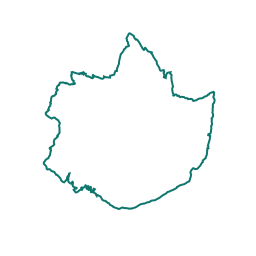 the district of Pacureti, Prahova, Romania, rotated 121°
{"feature_id": "2599482B22577763197950", "entity_name": "Pacureti", "entity_type": "district", "adm_level": 2, "iso_a3": "ROU", "parent_name": "Romania", "parent_adm1": "Prahova", "projection": "albers", "projection_center": [26.139, 45.145], "detail": "fine", "context": "isolated", "style": "outline", "palette": "teal", "viewbox_px": 256, "rotation_deg": 121, "n_neighbors": 0, "source": "geoboundaries", "source_scale": "gbopen_adm2", "svg_char_len": 5816}
<svg xmlns="http://www.w3.org/2000/svg" viewBox="0 0 256 256"><g transform="rotate(121 128 128)"><path d="M159.3,198.4L157.6,197.3L156.8,196.1L157.1,195.5L157.4,191.6L158.3,190.3L158.6,189.2L159.0,188.9L161.8,188.2L162.6,187.2L167.2,184.3L168.0,184.2L171.2,184.6L171.2,183.9L171.7,183.8L174.5,184.6L175.1,185.0L176.2,185.1L178.2,184.4L179.2,183.6L179.7,182.9L180.3,182.7L181.7,183.1L185.4,184.8L185.5,184.8L185.5,183.7L186.3,183.7L186.4,182.9L186.8,182.4L188.1,182.2L191.4,180.9L192.2,181.0L195.1,180.8L195.8,181.4L197.9,182.2L200.0,182.2L200.7,182.4L201.6,182.0L202.1,181.5L202.7,179.2L203.1,178.4L203.8,177.4L204.5,177.0L204.9,176.7L205.0,175.5L203.9,174.5L203.7,173.9L203.8,173.0L204.2,172.1L204.1,169.9L203.7,169.4L203.7,168.4L204.6,166.5L204.7,166.1L205.1,165.6L204.7,164.5L205.9,160.0L206.9,158.9L207.6,157.4L207.7,156.0L207.5,154.8L204.3,154.0L203.4,154.1L201.4,154.8L198.9,154.6L197.3,155.0L197.0,154.7L201.9,153.3L202.8,152.6L203.7,152.3L204.3,151.7L204.9,151.0L205.0,150.4L205.1,148.3L205.0,147.9L204.5,147.5L203.2,148.1L202.7,147.9L202.8,147.4L203.0,147.1L205.8,145.8L206.4,145.0L206.4,143.6L206.2,142.4L205.8,141.7L205.9,141.1L206.2,141.0L206.6,141.1L207.5,142.2L208.9,142.8L209.3,142.4L209.3,141.5L209.9,140.6L210.1,139.5L209.0,138.4L206.4,137.5L205.0,136.6L204.6,136.6L203.4,137.3L202.8,137.0L203.0,136.7L204.7,136.1L204.8,135.8L204.6,135.5L202.5,135.9L201.8,135.2L200.8,134.9L199.0,134.9L198.9,134.7L199.1,134.3L199.9,134.0L200.3,132.9L201.3,132.3L201.4,131.9L201.0,131.6L199.1,132.4L198.4,132.3L198.3,131.9L200.6,130.5L201.1,130.3L201.4,129.9L201.2,129.5L200.8,129.5L198.6,130.0L197.9,129.8L197.8,129.4L198.4,128.9L202.0,126.8L202.0,126.4L201.7,126.0L201.2,125.9L197.7,126.1L197.5,124.9L201.0,124.9L200.9,121.9L201.6,121.2L202.3,119.8L201.2,120.0L200.9,116.2L202.8,113.0L202.7,111.2L202.0,109.6L202.4,108.8L202.4,107.5L202.6,106.9L202.3,105.2L202.8,104.7L203.1,103.9L202.9,100.5L203.3,99.9L202.3,95.1L202.3,94.3L201.3,93.4L199.5,92.3L198.7,91.2L198.7,90.3L197.8,88.6L196.8,86.4L196.6,85.4L195.3,83.9L195.3,83.4L191.9,80.5L187.1,78.1L184.9,75.9L184.1,74.8L181.7,73.1L180.6,71.6L179.1,71.0L177.9,70.2L176.6,68.4L176.0,67.7L171.3,64.9L168.0,63.7L164.6,61.7L162.4,61.1L161.3,59.9L159.9,59.1L157.6,57.3L154.5,55.5L153.3,55.6L151.6,54.5L150.3,53.9L150.0,53.4L149.2,52.9L147.2,50.9L145.3,49.8L143.9,49.3L142.1,48.0L137.3,49.2L135.2,50.1L134.3,51.3L133.8,51.7L131.6,52.0L128.9,51.4L128.7,50.8L128.6,49.3L128.5,49.0L127.4,47.7L126.6,47.4L123.1,46.7L119.6,46.7L118.6,46.3L117.5,47.1L117.0,47.1L113.8,45.9L113.4,46.0L113.2,46.3L110.6,46.6L106.8,48.3L106.5,48.7L105.1,49.1L104.9,49.0L104.6,49.4L104.4,49.2L104.2,49.4L103.8,49.4L104.2,49.2L103.9,48.8L103.6,49.2L103.3,49.2L102.5,49.6L102.1,50.1L102.1,50.4L95.6,52.1L92.7,53.3L92.4,53.5L92.9,55.5L91.8,55.9L90.3,54.5L89.2,54.7L85.0,56.6L83.4,57.8L82.2,57.7L81.1,58.1L79.2,59.7L77.3,60.6L77.0,61.2L76.1,61.3L75.0,61.0L73.5,61.4L72.1,62.5L71.2,63.7L69.7,64.2L67.2,65.8L65.9,66.1L65.1,66.9L64.2,67.3L63.6,67.5L62.0,67.2L59.6,68.0L58.5,69.1L58.0,70.3L57.5,70.8L55.4,71.3L54.2,72.2L53.5,72.2L53.3,72.5L53.0,73.4L54.6,74.7L56.5,76.0L57.8,76.0L58.4,76.7L59.7,76.9L60.9,77.7L61.8,78.7L63.0,78.9L63.9,79.7L64.6,80.1L65.7,81.7L67.3,83.0L69.0,83.7L71.1,85.9L71.1,86.4L70.5,87.0L70.3,88.4L70.5,89.0L71.1,89.4L71.9,91.0L72.3,91.4L71.9,92.2L72.8,94.1L72.7,96.2L74.0,98.6L74.6,99.1L74.8,99.7L74.8,99.9L74.2,100.8L74.4,101.6L75.1,102.2L74.6,103.2L74.5,104.0L75.1,104.9L76.5,105.2L76.7,105.9L75.8,106.0L75.4,107.0L74.7,107.9L71.7,110.3L70.9,110.6L69.4,110.7L64.8,115.1L62.2,117.0L60.1,118.0L59.8,118.3L59.8,119.6L59.3,120.1L58.3,120.3L59.8,122.1L60.9,122.8L63.4,122.5L65.7,121.4L66.0,123.4L65.2,123.7L64.1,123.8L62.7,125.6L62.3,125.6L61.9,126.0L61.0,126.0L60.1,127.2L60.0,127.3L61.7,128.9L62.1,129.6L62.0,130.2L61.5,131.0L60.5,131.9L59.4,133.7L58.4,135.9L55.9,138.1L55.5,139.6L53.8,143.1L52.8,144.3L52.0,146.4L50.9,146.4L50.9,146.7L51.4,147.2L51.2,147.5L51.9,149.8L52.0,150.5L50.4,154.3L50.4,154.5L50.8,154.8L52.6,154.4L52.9,154.6L52.9,154.9L52.1,156.9L48.6,162.9L48.2,164.3L47.7,165.2L47.6,166.4L48.2,166.7L48.1,167.4L47.7,168.1L47.1,169.6L46.1,170.4L45.9,174.9L46.0,175.3L46.6,175.8L52.0,175.5L52.8,174.4L54.0,173.5L54.8,171.8L55.9,171.3L56.7,169.8L57.1,169.5L57.6,169.7L59.5,171.4L61.1,171.2L62.5,171.9L63.9,171.6L66.0,171.7L68.4,172.2L75.4,170.0L77.4,168.9L82.8,168.0L84.9,166.9L85.5,168.1L87.8,167.8L89.4,167.3L92.3,170.2L92.7,170.1L94.0,169.3L96.1,173.6L96.2,175.1L97.2,174.6L98.0,174.6L99.1,175.4L99.7,177.6L99.8,179.7L100.7,182.6L100.8,183.4L100.6,185.3L100.9,185.4L101.8,184.6L102.5,184.5L102.7,183.8L103.5,184.0L103.8,184.3L104.0,186.0L103.8,186.6L104.1,187.3L104.1,188.7L104.7,189.4L104.9,190.3L104.6,191.2L104.0,191.9L103.3,192.1L103.8,193.1L103.4,193.7L103.4,194.3L103.1,194.9L103.4,195.2L103.7,195.3L105.1,194.2L105.1,195.2L104.7,196.3L105.5,197.0L106.0,196.7L106.3,197.2L106.9,197.5L106.8,197.8L106.4,197.6L106.4,197.9L106.9,198.1L107.3,199.2L107.9,201.3L108.6,204.5L109.2,205.0L111.2,203.7L111.8,203.6L112.2,203.9L112.6,203.3L113.4,202.7L115.3,200.8L115.6,198.7L116.3,198.7L117.2,198.1L117.2,196.8L117.1,196.6L117.5,196.4L117.9,196.6L118.3,197.3L118.9,197.8L119.5,198.6L119.6,199.2L120.8,200.1L121.1,201.3L120.9,202.2L121.0,203.1L121.3,203.4L121.2,204.3L121.3,204.5L121.7,204.4L121.9,204.5L122.4,207.2L123.5,208.5L123.8,209.3L124.3,209.7L126.5,209.2L126.6,209.6L127.9,209.8L128.6,210.1L129.9,209.9L130.4,209.6L131.3,209.6L131.2,208.6L131.5,207.9L133.8,208.3L135.3,207.8L135.3,207.4L136.0,207.1L137.8,207.8L138.2,207.7L139.5,209.0L140.3,209.4L141.7,209.3L145.2,207.7L146.4,207.8L146.6,207.3L146.7,206.7L148.0,206.6L149.0,206.0L149.8,206.3L151.0,206.4L151.7,206.1L153.4,205.9L153.5,205.1L154.2,205.4L155.1,205.4L155.5,205.8L156.4,205.9L156.7,206.2L157.7,206.2L158.6,205.3L158.9,204.7L159.3,201.6L159.3,198.4Z" fill="none" stroke="#0f766e" stroke-width="2"/></g></svg>